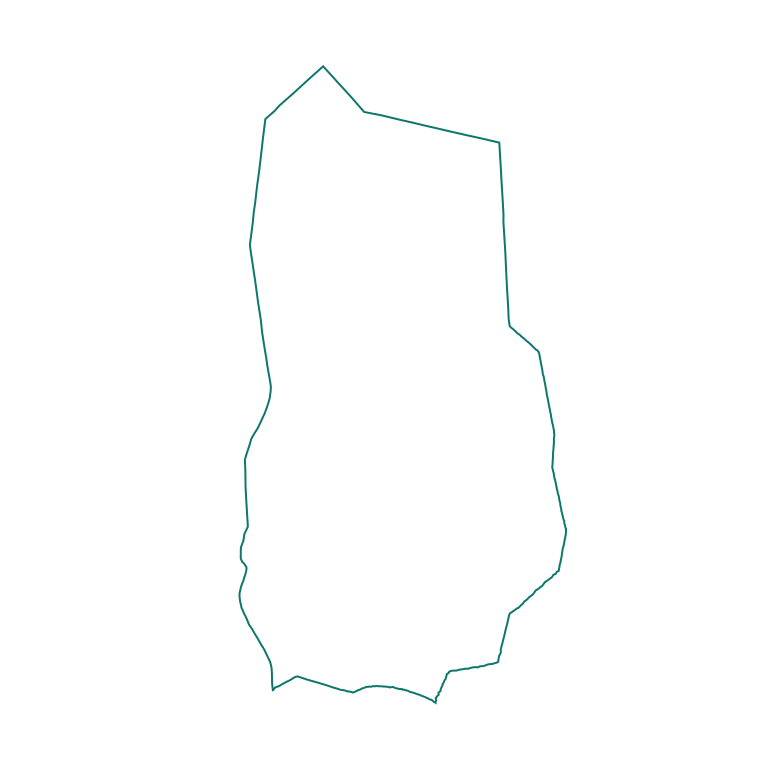 Koungheul, Kaffrine, Senegal (Natural Earth projection), rotated 354°
{"feature_id": "50182788B42114348275286", "entity_name": "Koungheul", "entity_type": "district", "adm_level": 2, "iso_a3": "SEN", "parent_name": "Senegal", "parent_adm1": "Kaffrine", "projection": "natural_earth1", "projection_center": [-14.806, 14.237], "detail": "fine", "context": "isolated", "style": "outline", "palette": "teal", "viewbox_px": 768, "rotation_deg": 354, "n_neighbors": 0, "source": "geoboundaries", "source_scale": "gbopen_adm2", "svg_char_len": 5764}
<svg xmlns="http://www.w3.org/2000/svg" viewBox="0 0 768 768"><g transform="rotate(354 384 384)"><path d="M241.5,676.8L242.1,676.6L243.9,674.5L247.9,673.5L250.5,672.3L253.2,671.1L256.1,669.9L259.0,669.0L264.9,666.1L267.7,665.8L271.7,667.7L276.8,670.0L286.5,673.9L295.6,677.7L302.7,681.0L303.4,681.1L303.8,681.5L304.4,681.6L305.3,682.0L306.3,682.4L307.2,682.8L308.1,683.3L309.6,683.8L310.5,684.1L311.4,684.1L314.1,685.1L314.9,685.7L316.4,686.0L317.5,686.4L319.0,686.6L320.6,687.6L322.4,687.2L323.8,686.8L325.2,686.2L326.9,685.6L328.5,685.4L330.1,684.5L331.7,684.3L333.6,683.8L334.8,683.4L336.6,683.5L338.2,683.4L339.7,683.7L341.7,683.3L343.1,683.7L345.0,683.6L346.6,683.9L348.2,684.2L349.9,684.3L351.4,684.8L353.3,685.0L354.6,685.3L355.3,685.4L356.1,685.6L356.8,685.8L357.5,686.3L357.8,686.3L359.0,686.2L359.3,686.2L360.1,686.3L361.5,686.2L362.8,687.2L363.6,687.6L365.0,688.1L366.7,688.7L368.3,689.1L370.0,689.3L370.4,689.9L372.1,690.1L372.8,690.6L373.6,691.0L374.4,691.0L376.2,691.9L377.8,693.0L378.9,693.4L380.5,693.9L382.7,694.9L384.2,695.8L385.4,696.2L386.2,696.5L387.7,697.4L389.4,698.3L391.9,699.5L392.9,700.2L394.8,701.1L395.7,702.0L396.5,702.4L396.7,702.6L397.4,702.7L398.5,703.3L399.3,704.2L400.5,705.5L401.3,705.8L401.9,706.3L401.9,705.5L402.2,705.0L402.8,704.4L402.9,703.9L402.6,701.7L403.8,700.5L404.6,699.7L405.9,698.8L405.9,696.8L406.4,696.3L408.0,695.4L408.7,692.9L409.5,691.6L410.9,689.6L410.8,688.7L412.1,687.2L413.2,685.1L414.5,683.7L415.4,681.3L416.2,679.0L418.0,678.2L418.9,676.9L419.0,676.8L419.3,676.7L421.4,676.2L423.2,676.3L425.9,676.6L429.2,676.0L432.7,675.9L435.2,675.6L437.8,676.0L441.5,675.2L444.9,675.1L447.9,675.6L449.8,674.8L453.6,674.9L458.3,673.7L462.4,673.7L466.6,673.0L468.3,672.4L468.5,672.3L468.6,672.1L468.8,671.0L469.2,669.3L470.2,666.2L471.5,664.5L472.2,662.6L472.3,660.4L473.3,657.6L474.3,655.1L475.6,651.4L477.2,647.3L477.2,647.2L477.6,646.1L478.5,643.4L479.7,639.9L481.4,635.5L482.7,631.6L484.3,627.0L485.2,625.2L487.6,624.1L490.6,622.4L492.5,621.2L494.3,620.7L497.1,618.4L499.3,616.8L500.8,615.0L504.0,613.1L506.0,611.2L508.5,609.8L509.7,609.2L511.5,607.3L513.1,605.3L516.3,603.7L518.7,602.1L520.3,601.3L523.3,597.9L525.4,596.9L527.7,595.5L530.7,593.8L532.5,591.5L535.0,590.7L536.1,589.0L538.3,588.0L538.7,586.3L539.5,583.8L539.9,581.9L540.7,580.4L541.5,577.5L542.3,575.1L542.9,573.0L543.5,570.5L544.1,568.2L544.5,566.4L545.6,563.9L546.2,562.1L546.7,560.5L547.1,558.9L547.7,556.9L548.3,555.2L548.8,553.6L549.2,551.6L549.5,550.4L549.7,548.5L549.9,547.4L549.8,546.9L549.6,546.4L549.5,545.9L549.3,544.6L549.1,542.8L548.9,542.0L548.8,540.4L548.9,539.5L548.7,538.7L548.1,536.0L547.9,534.2L548.0,534.1L547.7,532.2L547.5,530.2L547.1,528.9L547.2,526.2L546.7,523.7L546.8,520.5L546.5,519.3L546.2,517.3L546.2,515.5L546.0,513.3L545.6,511.7L545.4,510.4L545.3,507.9L544.8,506.6L545.0,504.8L544.7,504.0L544.6,500.7L544.2,499.4L544.2,497.5L543.7,496.1L543.7,494.0L543.5,492.6L543.5,490.5L543.3,489.7L543.1,488.5L543.0,487.2L542.8,485.9L542.6,484.7L542.7,483.7L543.1,482.1L543.3,480.9L543.5,479.7L543.6,478.8L544.0,476.7L544.2,475.8L544.3,474.8L544.5,473.0L544.9,471.1L544.9,470.3L545.1,469.6L545.1,469.4L545.2,468.7L545.3,468.2L545.6,467.2L545.8,465.9L546.2,463.5L546.5,462.5L546.6,461.2L547.0,459.2L547.1,457.7L547.3,455.9L547.7,454.2L548.0,453.1L548.1,452.3L548.1,451.8L548.0,451.1L548.1,449.7L548.1,448.0L548.0,446.3L547.8,444.3L547.6,442.1L547.3,440.4L547.1,438.3L547.0,436.2L546.9,435.6L546.8,434.4L546.8,432.7L546.6,430.6L546.3,428.6L546.3,426.6L546.1,425.5L546.0,424.3L545.8,422.4L545.7,420.8L545.6,419.1L545.4,417.4L545.3,415.8L545.2,414.4L545.0,413.2L544.9,412.3L544.8,411.4L544.8,410.1L544.8,408.6L544.7,407.6L544.5,405.5L544.4,404.2L544.4,403.1L544.1,400.3L544.0,398.6L543.8,397.4L543.8,396.1L543.7,394.7L543.5,392.6L543.1,391.8L542.9,389.9L543.0,388.0L542.8,385.3L542.6,383.1L542.5,381.6L542.2,379.6L542.2,377.8L542.0,376.0L541.8,373.9L541.7,371.3L541.3,369.3L541.3,368.5L540.6,367.7L539.9,366.4L538.8,365.8L537.3,363.9L536.1,362.5L535.6,361.9L535.2,361.4L535.1,361.2L533.5,359.4L532.5,358.2L530.3,356.1L527.8,353.2L525.5,351.0L523.9,349.0L522.0,347.5L520.3,345.4L518.2,343.0L517.0,341.9L516.1,341.0L515.0,339.4L514.8,331.7L515.5,321.2L516.3,302.7L517.3,284.3L518.4,265.8L519.2,247.3L519.7,235.1L520.5,228.8L521.4,210.3L522.2,191.8L522.7,182.9L523.1,173.3L523.9,156.0L508.1,150.5L491.6,145.0L475.2,139.4L458.8,133.7L448.9,130.3L448.6,130.2L442.2,127.9L426.3,122.5L409.5,116.5L392.7,111.4L381.0,94.7L369.0,78.5L356.7,61.7L340.6,73.3L324.8,85.0L309.0,96.2L304.0,100.8L303.9,100.9L293.7,108.1L289.9,124.5L289.7,125.4L289.5,126.0L287.1,137.0L284.9,146.8L281.8,160.4L278.6,173.3L274.9,189.9L272.3,200.2L270.9,207.2L270.6,208.8L269.7,212.7L265.2,231.4L265.2,234.7L265.5,242.7L265.9,250.8L266.2,258.9L266.6,266.3L266.7,269.2L266.9,276.0L267.1,282.9L267.3,289.7L268.2,307.5L268.2,319.9L269.0,336.4L269.6,345.0L269.9,353.9L271.1,371.4L271.2,374.9L270.5,379.3L269.0,385.7L267.4,389.8L264.5,396.3L262.2,400.8L261.8,401.5L261.5,402.0L261.1,402.6L260.4,403.8L256.9,409.7L254.1,414.3L248.3,421.8L246.2,424.9L244.3,429.6L243.8,430.8L239.3,440.8L237.7,445.0L237.1,455.3L236.2,464.8L235.6,471.1L234.9,484.6L234.3,498.1L233.7,511.6L229.4,518.8L227.8,525.2L224.7,531.3L224.2,534.4L223.4,541.6L223.3,542.8L224.6,546.4L224.8,546.5L226.1,548.0L227.4,550.6L228.0,551.6L227.9,553.7L227.2,556.3L226.5,557.9L225.9,559.6L224.8,561.7L223.5,565.1L221.9,568.0L220.5,571.1L219.8,573.1L218.5,576.9L218.2,579.0L218.1,582.3L218.2,585.5L218.7,589.2L218.9,591.6L219.5,593.1L221.0,598.2L221.7,599.7L223.1,603.8L224.6,609.2L227.0,613.5L229.3,618.7L230.8,621.8L230.8,621.7L234.8,630.8L237.1,635.5L237.4,636.3L238.9,640.6L241.7,648.5L242.5,654.2L242.3,659.7L241.7,666.8L241.4,670.7L241.4,675.1L241.5,676.8Z" fill="none" stroke="#0f766e" stroke-width="2"/></g></svg>